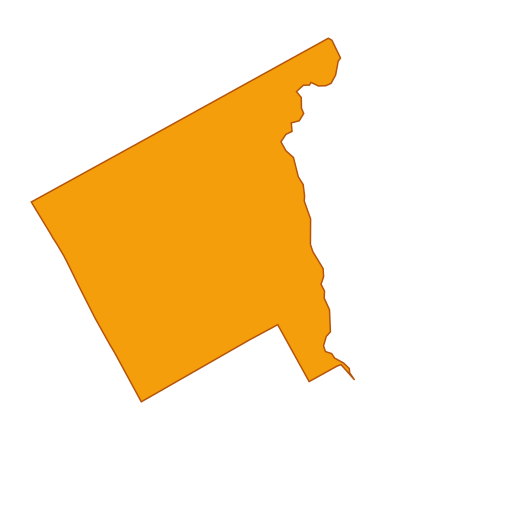 outline of Twin Falls, Idaho, United States of America, rotated 61°
{"feature_id": "52423323B42064959468604", "entity_name": "Twin Falls", "entity_type": "district", "adm_level": 2, "iso_a3": "USA", "parent_name": "United States of America", "parent_adm1": "Idaho", "projection": "robinson", "projection_center": [-114.6, 42.456], "detail": "fine", "context": "isolated", "style": "filled", "palette": "amber", "viewbox_px": 512, "rotation_deg": 61, "n_neighbors": 0, "source": "geoboundaries", "source_scale": "gbopen_adm2", "svg_char_len": 943}
<svg xmlns="http://www.w3.org/2000/svg" viewBox="0 0 512 512"><g transform="rotate(61 256 256)"><path d="M100.6,87.2L100.5,140.3L100.2,313.3L99.8,426.3L101.7,426.3L137.2,424.9L141.7,424.9L148.7,424.4L162.2,424.0L169.7,424.2L195.5,425.5L232.4,426.9L262.6,426.8L271.9,426.5L327.9,427.0L326.2,302.5L326.6,270.3L391.6,270.4L391.6,238.5L392.2,234.3L412.2,229.9L403.6,230.7L399.6,229.0L392.2,231.2L383.5,236.7L378.0,237.2L373.2,241.6L367.3,240.5L360.4,233.5L358.4,227.7L338.7,217.8L325.9,216.8L319.9,213.1L312.2,212.8L306.9,206.9L299.5,203.4L279.8,204.2L272.3,202.8L250.1,190.3L231.4,187.2L227.0,184.4L216.4,180.1L207.2,180.6L188.1,175.5L178.5,178.8L168.2,178.8L164.1,170.8L164.5,164.1L156.7,160.6L158.7,152.6L154.5,145.2L148.8,144.6L139.4,139.6L131.8,140.9L129.6,131.8L132.4,126.4L130.9,123.7L137.6,118.9L140.9,112.4L141.4,106.7L136.3,98.6L125.5,89.7L123.8,86.1L104.1,85.0L100.6,87.2Z" fill="#f59e0b" stroke="#b45309" stroke-width="1.5"/></g></svg>